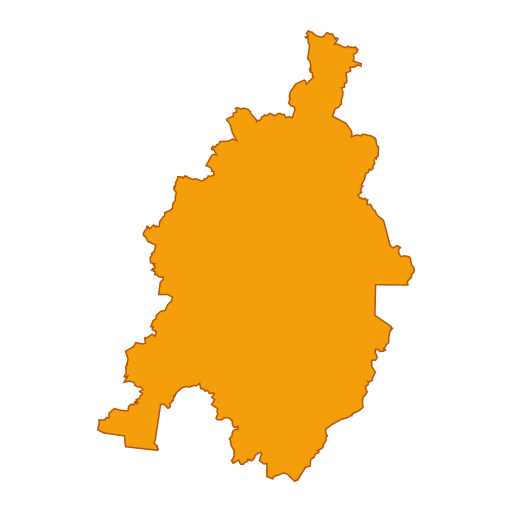 Villanueva, Zacatecas, Mexico
{"feature_id": "50627088B74435017119016", "entity_name": "Villanueva", "entity_type": "district", "adm_level": 2, "iso_a3": "MEX", "parent_name": "Mexico", "parent_adm1": "Zacatecas", "projection": "robinson", "projection_center": [-102.865, 22.335], "detail": "fine", "context": "isolated", "style": "filled", "palette": "amber", "viewbox_px": 512, "rotation_deg": 0, "n_neighbors": 0, "source": "geoboundaries", "source_scale": "gbopen_adm2", "svg_char_len": 6059}
<svg xmlns="http://www.w3.org/2000/svg" viewBox="0 0 512 512"><path d="M408.0,285.0L407.3,281.6L411.5,277.2L411.5,274.9L413.9,272.1L414.3,269.9L413.6,267.2L411.5,264.9L410.5,258.3L408.8,256.6L404.1,255.8L401.4,256.7L400.1,255.7L398.7,252.4L398.6,249.3L400.5,247.5L396.9,245.6L393.2,248.0L390.1,245.5L383.5,220.3L377.7,215.7L376.3,213.9L375.4,210.9L373.4,209.7L370.5,204.5L366.9,204.4L367.7,199.9L365.9,200.1L365.3,198.3L362.5,199.2L361.3,197.9L360.1,198.2L358.0,195.0L361.7,192.3L360.3,189.6L361.4,188.6L361.4,187.0L362.9,186.2L361.5,184.6L364.7,179.1L365.5,173.8L368.5,172.0L369.3,169.2L370.9,170.1L372.8,169.0L373.2,167.6L372.6,166.7L374.7,163.6L374.3,160.4L375.4,157.8L376.1,157.6L376.5,158.6L377.1,156.6L378.2,156.0L378.5,147.0L376.7,145.6L376.0,139.9L375.1,138.4L371.7,136.1L364.0,134.3L362.0,134.5L360.8,135.9L356.7,134.9L351.2,136.8L352.0,134.0L351.2,130.9L345.9,123.2L332.6,116.3L335.2,108.8L338.7,107.2L341.4,103.8L341.3,99.6L342.6,96.3L343.0,92.1L341.5,87.9L344.5,87.3L344.4,83.4L346.4,82.7L346.9,80.5L346.0,73.0L350.7,70.9L350.1,67.3L354.8,67.0L357.6,65.0L361.0,66.1L361.2,63.7L353.1,61.0L354.1,58.1L353.4,54.6L357.1,52.3L357.0,50.6L357.9,49.7L355.0,46.8L353.8,47.8L351.5,47.1L350.1,47.7L348.4,46.2L345.0,47.7L336.9,43.9L334.6,44.3L338.0,38.8L336.0,37.8L335.4,38.9L334.5,38.1L332.6,33.9L331.0,34.4L326.9,32.6L323.3,36.8L319.9,36.9L315.4,35.3L311.9,32.0L310.7,32.2L308.3,30.7L306.3,33.4L308.0,34.9L308.1,36.0L305.3,36.9L305.8,38.0L308.2,38.1L308.1,42.7L309.3,43.8L309.5,46.5L307.7,58.8L310.2,61.6L310.8,67.9L309.6,68.3L309.9,69.5L311.8,70.0L309.9,69.8L310.5,72.2L312.2,72.3L312.4,75.5L313.4,77.1L306.6,84.0L305.2,80.7L304.2,80.1L295.9,83.9L290.3,91.8L289.4,95.9L289.5,97.4L290.1,97.5L288.8,103.4L291.0,105.8L294.3,106.9L294.9,109.9L292.3,117.8L289.2,116.6L285.9,117.7L283.9,114.3L282.1,114.6L280.0,113.4L278.1,113.5L274.8,115.7L269.9,113.4L266.7,115.5L264.2,115.1L263.1,116.7L261.5,117.0L261.4,118.5L259.8,120.6L258.1,120.3L256.6,121.8L256.4,119.9L250.4,113.1L250.7,112.1L248.5,109.7L243.7,108.0L241.7,109.1L237.1,107.8L235.5,108.4L236.4,109.7L236.6,112.0L233.3,113.1L233.1,116.6L229.9,117.4L227.1,118.9L226.6,120.0L229.9,123.6L232.5,133.1L236.6,140.5L232.8,139.0L228.2,141.3L220.0,141.5L218.8,143.9L216.7,144.9L215.4,147.1L212.8,146.3L212.7,147.7L211.6,147.7L211.7,149.5L213.6,149.5L216.6,154.7L213.4,154.5L211.9,155.3L206.0,165.6L210.0,167.2L212.2,169.9L211.7,171.2L213.6,171.6L214.1,175.0L210.2,176.5L208.3,175.8L207.1,177.9L205.8,178.9L204.5,178.6L204.4,179.7L201.8,181.1L195.7,178.7L192.9,179.5L187.4,177.3L186.7,176.1L185.5,176.8L184.9,175.9L182.9,178.1L182.0,177.0L177.7,176.8L177.4,179.1L175.5,182.9L176.0,184.2L174.1,186.6L174.0,187.7L174.8,187.5L173.7,188.9L176.3,192.6L175.2,197.5L175.4,200.3L172.9,203.8L172.6,207.7L170.5,210.2L164.7,212.7L164.6,216.1L163.3,216.7L159.8,221.5L159.2,226.4L156.8,226.7L156.3,226.0L155.8,227.0L153.7,224.9L149.5,229.0L148.5,226.7L146.7,226.4L147.1,228.3L144.6,230.9L143.2,234.0L143.7,235.6L146.1,237.6L147.6,241.0L148.8,241.9L155.8,245.1L154.4,251.2L151.5,253.7L152.0,254.9L150.1,257.8L150.6,262.7L154.9,263.9L153.3,265.0L155.1,266.5L154.8,268.0L152.5,268.7L151.7,270.1L153.7,269.9L153.5,271.3L155.5,271.6L154.5,274.6L157.1,274.8L158.6,276.6L163.5,277.4L163.2,279.5L160.3,282.1L158.7,294.6L167.6,294.5L172.6,297.1L171.2,301.4L168.0,304.4L165.0,310.7L160.7,311.3L157.4,314.3L156.0,316.1L156.4,317.3L155.7,318.9L153.3,320.4L152.4,322.4L150.8,326.8L153.2,326.8L152.1,329.5L156.3,331.8L154.9,336.4L152.1,334.1L146.4,338.1L145.1,337.6L144.6,338.6L145.6,343.2L142.8,344.0L135.8,342.6L133.6,346.6L125.6,351.2L128.2,359.7L126.8,364.0L127.5,364.6L125.7,366.6L126.3,373.6L124.1,376.3L125.3,377.4L127.6,376.2L124.0,382.3L128.7,381.2L131.8,381.7L134.4,382.9L134.7,385.2L138.1,387.0L141.0,387.0L141.9,388.0L142.8,389.7L139.6,391.7L142.5,393.3L142.2,394.8L140.4,395.5L139.5,398.3L136.1,399.9L137.9,402.4L137.0,403.6L136.6,401.8L135.1,401.6L134.6,402.5L135.7,403.1L133.4,405.1L132.7,404.2L131.1,404.2L128.5,406.5L128.1,410.5L126.6,410.9L119.5,410.1L114.4,408.5L109.0,413.2L109.0,418.0L106.9,417.4L104.2,420.1L98.9,419.9L99.2,423.2L97.7,429.8L103.7,432.9L124.5,435.9L125.5,446.7L157.4,450.3L158.2,449.0L156.8,446.8L157.4,446.2L154.1,443.4L155.3,439.6L160.6,404.3L164.6,404.5L167.7,408.2L169.3,407.9L170.4,406.4L169.8,403.7L171.7,402.0L171.9,402.6L171.9,400.8L173.3,400.4L173.6,396.7L174.4,396.7L174.3,395.5L174.9,395.8L176.8,392.2L179.4,390.0L182.3,387.6L186.1,386.5L189.0,387.1L193.9,385.5L196.3,385.8L199.6,383.3L200.7,388.5L203.6,389.3L205.2,391.2L206.9,390.3L208.7,391.7L208.9,393.0L211.2,393.6L212.6,392.8L214.3,393.8L211.7,397.4L214.7,399.6L211.5,404.7L217.7,408.7L216.9,411.6L218.0,413.5L216.0,418.0L217.0,419.5L221.6,419.9L224.7,417.6L229.0,417.9L232.2,420.9L232.4,424.3L233.8,426.9L235.0,427.5L237.9,426.6L237.7,429.5L235.6,429.4L233.3,430.8L232.3,432.6L232.1,435.5L229.4,438.8L230.3,440.0L231.1,445.4L234.0,450.3L234.2,455.0L233.5,457.9L231.5,460.6L233.1,463.2L238.7,460.0L240.6,464.2L243.3,464.4L244.7,462.5L247.0,461.6L247.8,459.1L248.9,460.3L249.8,459.2L250.1,460.2L251.8,460.8L254.1,458.4L255.2,455.4L258.6,452.9L260.4,452.5L261.6,453.6L259.4,460.6L264.0,464.0L267.0,463.4L266.8,476.5L272.9,478.9L273.2,476.9L274.9,476.6L275.4,475.6L278.2,475.3L282.8,473.1L284.7,473.3L287.4,474.2L294.7,481.3L296.4,480.0L297.5,480.3L305.5,467.3L310.2,466.1L310.7,459.2L314.1,457.3L315.3,454.0L318.3,452.8L319.1,451.4L317.5,450.3L321.7,448.6L322.9,447.2L323.8,443.8L326.1,440.6L326.0,437.4L327.4,436.0L325.6,432.6L325.9,429.1L332.0,424.5L341.4,419.3L347.2,417.7L351.4,415.2L351.8,415.7L352.4,413.8L359.1,410.7L363.0,407.3L362.4,401.9L363.4,396.2L364.9,395.7L367.3,391.9L365.9,389.7L365.7,386.6L368.2,384.5L368.6,382.7L367.8,381.3L369.6,381.9L372.4,380.1L372.6,377.8L375.3,372.2L371.8,366.4L371.6,361.7L372.2,360.1L375.6,360.1L376.8,358.1L377.1,356.7L375.3,352.8L375.3,349.5L377.7,349.4L380.0,351.5L383.3,351.3L385.4,350.0L383.3,348.8L385.0,347.8L386.2,344.7L388.7,342.7L388.8,336.8L389.9,331.5L392.5,328.3L391.1,328.1L391.3,326.7L374.9,315.3L375.6,284.7L408.0,285.0Z" fill="#f59e0b" stroke="#b45309" stroke-width="1.5"/></svg>